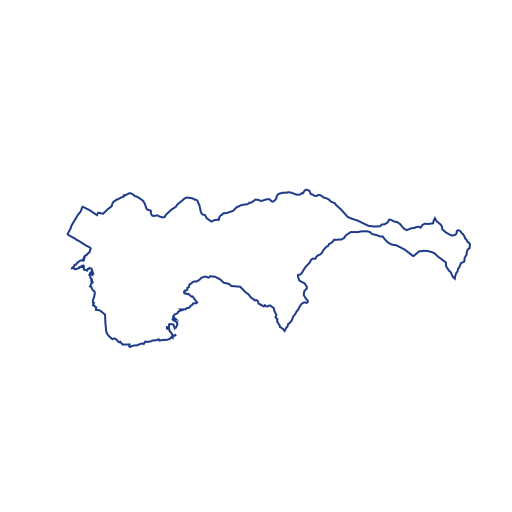 Sadu, Sibiu, Romania (Robinson projection), rotated 224°
{"feature_id": "2599482B14009077199366", "entity_name": "Sadu", "entity_type": "district", "adm_level": 2, "iso_a3": "ROU", "parent_name": "Romania", "parent_adm1": "Sibiu", "projection": "robinson", "projection_center": [24.148, 45.645], "detail": "fine", "context": "isolated", "style": "outline", "palette": "blue", "viewbox_px": 512, "rotation_deg": 224, "n_neighbors": 0, "source": "geoboundaries", "source_scale": "gbopen_adm2", "svg_char_len": 6154}
<svg xmlns="http://www.w3.org/2000/svg" viewBox="0 0 512 512"><g transform="rotate(224 256 256)"><path d="M399.6,177.6L398.8,174.9L407.4,173.4L414.8,171.1L414.6,169.3L413.9,168.6L413.0,165.8L412.7,162.1L409.9,149.8L408.6,147.3L406.8,141.0L405.9,140.7L397.7,142.9L396.2,142.9L394.8,143.6L384.5,145.7L381.4,146.8L380.0,146.5L379.4,144.7L378.4,143.4L378.8,139.9L378.4,138.8L379.0,138.0L379.2,136.6L378.8,135.5L378.1,135.6L378.2,134.6L377.7,134.5L377.0,133.5L377.7,133.0L377.3,132.4L378.3,132.1L378.9,131.1L379.6,129.0L379.5,127.8L380.0,127.1L379.6,125.3L379.8,123.9L380.3,123.6L379.7,121.6L380.0,119.6L379.8,119.3L378.7,120.9L377.4,120.6L376.3,121.4L375.6,123.4L374.7,124.5L375.3,125.5L373.6,127.1L374.4,127.7L373.8,129.1L372.1,129.4L373.2,128.6L372.0,128.4L370.4,126.6L367.3,128.3L368.1,129.7L367.4,130.3L367.6,131.7L365.5,132.6L361.0,130.3L361.9,129.6L360.8,128.8L362.3,128.4L362.6,128.5L362.3,128.8L362.7,129.9L362.4,130.2L363.0,130.8L363.7,130.8L363.0,129.5L363.4,129.0L363.3,128.0L362.7,127.4L362.7,126.6L361.6,126.8L360.1,125.3L358.0,125.2L357.9,124.6L357.3,124.6L357.1,123.6L355.9,124.0L355.1,123.5L355.0,123.2L355.6,122.5L354.2,118.9L352.8,119.2L350.1,118.1L347.5,118.3L345.9,117.1L344.1,114.3L342.5,110.7L340.9,109.3L340.1,109.7L339.0,107.3L337.7,108.1L336.8,107.6L335.3,108.1L333.8,106.0L331.1,108.1L329.8,108.5L323.9,109.0L317.8,103.2L311.1,97.5L308.1,96.4L305.8,96.2L301.5,96.4L300.9,98.0L300.1,98.6L298.3,99.0L296.0,98.6L294.3,99.0L294.2,100.0L290.5,99.6L285.5,104.5L284.4,102.8L283.2,103.3L282.8,105.1L280.9,107.7L279.7,108.8L278.2,112.3L276.6,114.5L275.6,114.7L276.2,117.5L274.8,118.3L273.9,119.5L272.1,122.0L271.9,123.0L271.3,124.0L269.7,125.3L268.1,128.5L266.8,128.0L263.9,131.9L262.2,133.2L260.4,136.5L260.5,138.3L259.4,139.0L260.3,139.2L258.9,143.0L259.3,143.1L260.5,140.5L262.4,141.6L266.2,142.1L267.3,143.0L269.6,141.9L270.6,143.0L269.1,144.2L271.0,146.4L270.8,147.2L267.9,149.3L264.2,147.5L264.3,148.3L263.9,148.8L264.2,149.9L265.1,152.3L266.2,152.9L266.5,153.5L272.8,152.1L270.4,152.9L271.8,153.5L269.6,154.9L270.4,154.9L271.7,154.1L272.3,154.9L273.7,155.0L273.8,157.6L272.7,160.4L273.2,161.6L272.7,163.6L271.7,165.5L273.0,165.3L269.7,168.6L269.6,170.6L268.8,171.2L268.1,172.6L268.4,174.7L267.9,176.4L268.3,178.1L266.2,180.4L266.0,181.6L273.7,182.8L274.4,181.9L278.3,181.9L278.9,180.8L280.6,180.2L281.1,179.6L282.3,179.6L283.0,180.6L282.8,180.9L283.2,181.7L282.2,182.8L282.0,183.8L283.3,185.6L282.7,186.9L284.1,189.4L283.5,191.1L283.4,193.2L282.5,195.2L280.9,196.4L280.1,200.1L280.2,202.4L278.2,206.0L275.1,207.5L274.8,208.1L274.8,209.9L272.9,211.0L271.5,212.5L265.4,214.3L260.6,214.4L256.3,217.1L252.9,217.3L246.0,222.9L238.9,222.7L234.6,223.2L230.5,222.6L228.4,223.2L226.1,223.1L225.4,224.4L223.6,224.9L221.0,223.5L219.3,224.3L218.5,224.0L217.8,224.6L215.4,225.1L215.5,226.8L214.0,226.7L212.5,227.9L212.4,229.1L211.4,230.3L206.8,230.8L204.6,229.2L200.6,227.8L200.1,227.3L199.5,225.6L197.6,225.2L196.8,225.5L195.3,223.5L190.5,222.5L189.8,221.6L185.9,222.3L183.3,221.9L184.4,225.2L184.3,227.0L185.6,229.4L185.2,230.9L185.5,234.5L187.1,238.0L187.4,241.3L188.3,244.3L188.4,247.0L189.0,248.2L189.9,252.1L189.9,254.2L189.6,255.0L188.8,256.4L187.0,257.4L186.9,259.2L188.1,259.9L190.5,260.0L194.6,261.1L196.8,264.2L196.9,268.0L198.3,269.3L201.9,270.1L207.3,268.5L208.2,268.6L210.9,270.0L212.3,271.0L212.6,271.8L211.3,273.3L211.2,275.4L212.7,281.9L212.8,289.1L213.7,290.9L213.4,293.5L211.5,295.0L211.5,296.1L212.0,297.0L212.0,299.1L210.9,301.6L210.7,303.4L211.6,306.9L211.8,311.4L211.1,313.1L211.8,315.5L211.2,316.7L210.7,319.7L211.1,321.4L211.0,322.2L209.7,323.1L207.8,325.5L206.4,326.6L205.4,329.1L205.1,330.1L205.6,331.7L205.6,333.9L204.5,339.0L199.5,343.8L197.2,347.1L192.9,351.2L190.5,352.4L187.9,352.4L182.7,355.4L180.6,356.1L178.2,358.1L176.1,357.6L170.9,357.3L166.2,358.5L162.7,361.1L153.5,363.9L142.9,365.1L142.6,365.6L141.9,372.5L141.5,373.2L139.6,375.2L139.2,376.0L136.0,378.8L131.9,381.1L128.9,382.0L124.5,382.0L115.0,383.3L112.5,380.9L110.5,380.3L107.0,379.5L104.6,379.6L100.1,377.7L97.2,377.8L99.0,380.3L100.2,383.2L100.3,384.8L101.7,387.1L101.9,389.0L103.6,393.2L102.3,396.7L104.7,399.7L105.4,403.3L106.8,404.7L108.0,407.3L108.2,408.3L107.8,409.9L110.4,413.2L112.8,413.4L113.9,413.1L115.5,413.9L117.8,413.9L119.0,414.7L122.6,415.6L123.6,415.3L126.4,415.8L128.1,415.3L128.9,413.9L128.7,413.1L127.5,411.8L127.3,409.8L128.9,407.1L130.2,406.4L135.4,404.9L140.5,404.6L142.4,406.2L144.6,406.9L150.2,406.5L153.6,407.5L152.8,405.0L151.3,402.5L154.5,398.5L157.0,396.5L157.8,394.1L157.3,390.7L159.2,390.2L161.1,387.6L161.4,386.5L163.6,383.7L165.5,379.4L168.3,378.5L172.3,378.7L174.0,379.1L178.0,378.5L180.9,376.6L183.1,376.1L185.3,375.0L185.5,374.3L184.9,373.1L184.7,371.5L185.5,368.2L187.5,365.9L187.3,364.6L187.6,363.3L192.0,358.8L196.1,355.8L207.4,352.1L213.8,349.0L217.4,347.8L226.6,348.5L233.9,348.3L236.0,348.7L239.9,347.2L243.0,347.2L245.6,346.4L247.7,345.1L251.3,344.7L253.1,343.8L253.7,343.2L253.9,341.4L255.7,339.9L258.3,339.4L259.5,338.6L263.0,340.0L265.8,338.8L266.5,337.0L265.8,333.8L266.6,333.5L266.8,331.3L267.3,330.3L269.6,328.2L274.8,326.0L277.1,324.3L277.8,323.0L280.7,320.1L282.8,316.6L283.0,316.0L282.7,314.1L282.3,312.7L281.3,311.4L281.1,308.6L281.6,306.8L282.7,306.2L285.0,306.2L286.6,305.6L288.9,302.3L289.2,301.1L290.9,298.9L293.4,297.9L295.6,296.2L296.5,291.0L297.7,289.9L298.1,287.4L301.2,283.4L302.3,281.6L303.1,278.9L303.7,278.3L303.9,272.4L306.8,266.8L309.2,263.8L309.1,262.0L309.6,260.6L309.3,258.3L308.0,256.7L307.9,256.0L308.8,256.0L309.4,254.6L310.8,253.0L312.0,249.8L317.6,248.9L320.9,250.0L323.5,248.7L324.3,248.7L326.2,249.3L331.7,253.0L336.8,255.1L338.7,254.6L339.3,253.9L341.9,253.3L346.3,250.1L347.3,247.9L348.3,238.5L347.9,235.3L349.1,230.4L349.4,223.1L348.8,220.5L349.8,219.0L352.6,217.5L355.2,216.7L357.5,213.6L358.6,213.0L361.0,213.5L363.1,215.5L366.2,214.0L367.4,213.9L372.5,216.4L375.7,217.3L379.9,216.6L383.7,215.7L384.7,214.9L386.9,214.9L390.1,213.9L390.9,212.7L392.2,208.8L393.3,207.9L392.5,207.2L392.6,206.6L393.7,204.3L394.9,200.4L395.6,199.6L395.6,198.0L396.2,196.3L395.9,194.4L394.4,191.5L395.1,186.7L395.4,180.1L399.6,177.6Z" fill="none" stroke="#1e3a8a" stroke-width="2"/></g></svg>